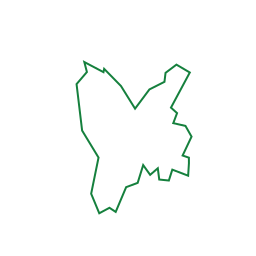 Torit, Eastern Equatoria, South Sudan (orthographic projection), rotated 42°
{"feature_id": "79223893B91619257593054", "entity_name": "Torit", "entity_type": "district", "adm_level": 2, "iso_a3": "SSD", "parent_name": "South Sudan", "parent_adm1": "Eastern Equatoria", "projection": "orthographic", "projection_center": [32.622, 4.383], "detail": "fine", "context": "isolated", "style": "outline", "palette": "green", "viewbox_px": 256, "rotation_deg": 42, "n_neighbors": 0, "source": "geoboundaries", "source_scale": "gbopen_adm2", "svg_char_len": 579}
<svg xmlns="http://www.w3.org/2000/svg" viewBox="0 0 256 256"><g transform="rotate(42 128 128)"><path d="M60.4,129.8L95.6,160.6L125.9,169.7L144.6,201.5L163.7,210.6L167.6,199.7L175.0,198.6L166.2,173.2L171.9,162.3L164.1,145.4L175.8,148.0L177.1,138.0L185.7,145.4L193.5,139.7L188.8,129.3L204.6,123.2L197.0,113.6L193.1,109.3L187.0,111.9L181.0,91.9L169.3,88.0L158.4,94.1L154.5,84.1L146.3,84.1L136.8,45.4L121.6,48.5L119.0,61.9L124.2,69.3L118.1,85.0L120.3,108.9L94.7,101.5L70.7,100.0L72.4,102.9L51.4,108.2L60.0,113.9L60.4,129.8Z" fill="none" stroke="#15803d" stroke-width="2"/></g></svg>